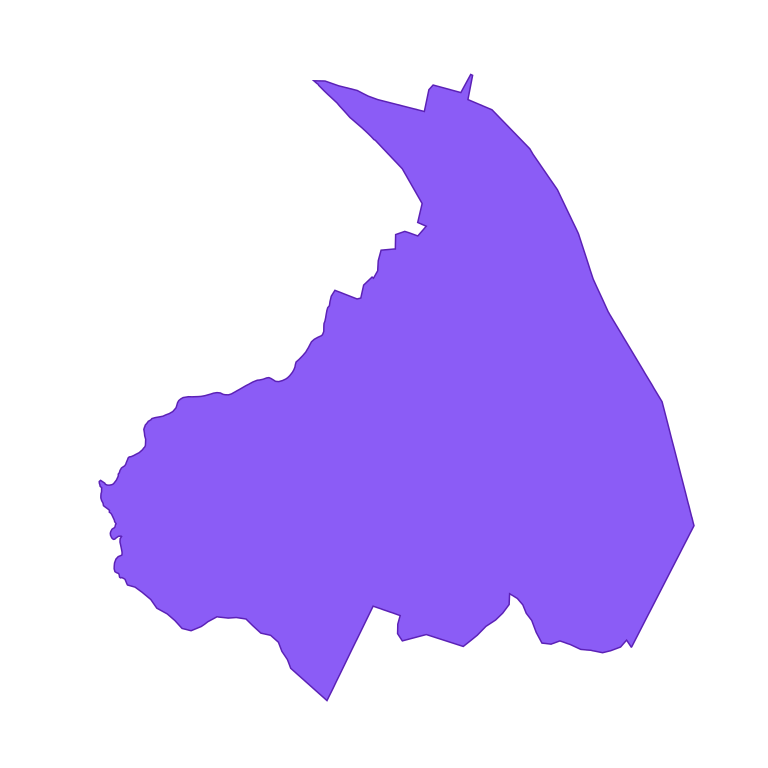 outline of Mazatlán Villa de Flores, Oaxaca, Mexico, rotated 174°
{"feature_id": "50627088B32385054686880", "entity_name": "Mazatlán Villa de Flores", "entity_type": "district", "adm_level": 2, "iso_a3": "MEX", "parent_name": "Mexico", "parent_adm1": "Oaxaca", "projection": "robinson", "projection_center": [-96.881, 18.015], "detail": "fine", "context": "isolated", "style": "filled", "palette": "violet", "viewbox_px": 768, "rotation_deg": 174, "n_neighbors": 0, "source": "geoboundaries", "source_scale": "gbopen_adm2", "svg_char_len": 5473}
<svg xmlns="http://www.w3.org/2000/svg" viewBox="0 0 768 768"><g transform="rotate(174 384 384)"><path d="M109.3,337.3L115.9,351.3L117.5,355.0L121.6,363.7L123.5,367.7L125.1,371.3L133.9,390.2L134.3,391.1L141.0,405.4L142.5,408.7L152.5,430.1L153.0,431.4L153.4,432.1L158.0,445.9L160.1,452.0L162.3,458.4L164.7,465.6L165.0,466.5L166.9,475.2L168.1,481.1L169.4,487.3L171.5,497.1L174.8,512.6L175.0,513.4L176.9,518.9L179.6,526.3L181.6,532.0L183.9,538.4L185.3,542.4L188.3,550.8L191.2,559.0L191.3,559.2L194.0,564.2L196.7,569.1L211.8,596.9L214.4,602.7L247.9,645.4L270.8,658.1L263.6,681.7L265.4,682.8L277.1,665.8L303.9,676.2L308.6,672.0L315.4,650.8L360.5,667.5L369.5,671.9L374.5,675.1L379.9,678.7L397.9,685.3L411.0,691.5L422.1,692.9L419.2,689.8L418.3,689.1L417.7,687.8L412.9,681.8L409.7,678.0L406.7,674.6L403.4,670.8L401.4,668.5L399.1,665.1L398.0,663.6L395.3,660.0L390.0,652.6L378.7,640.6L376.9,638.5L376.5,638.1L374.8,636.1L371.2,631.8L368.4,628.1L367.2,627.3L365.3,624.8L343.3,596.1L327.2,559.5L333.6,541.1L325.5,536.5L334.9,527.7L343.3,531.8L347.4,533.6L356.8,531.4L357.8,523.7L358.6,517.1L360.0,517.2L372.9,517.4L376.8,507.3L377.2,505.0L378.3,498.1L378.4,497.3L383.4,490.3L384.7,491.6L393.9,484.5L398.1,471.9L401.9,471.4L413.7,477.5L417.7,479.6L422.1,481.8L423.0,482.3L427.3,476.8L429.1,471.6L430.1,467.6L432.0,465.8L433.1,463.1L434.3,459.0L435.1,456.0L436.2,452.6L437.3,450.5L437.7,448.3L438.0,445.9L438.4,442.6L439.5,440.4L440.2,439.3L441.4,438.5L444.8,437.4L448.6,435.8L451.7,433.6L453.6,430.8L455.5,427.9L457.2,425.7L458.4,424.0L462.1,420.5L463.8,419.1L466.1,417.2L469.1,415.1L470.0,412.9L470.8,410.2L472.1,407.7L473.7,405.4L475.4,403.6L477.0,402.0L479.2,400.3L481.2,399.2L484.7,398.0L488.4,397.4L491.6,398.0L493.2,399.3L495.8,401.3L497.8,402.4L500.2,402.3L503.6,401.4L507.1,401.0L509.7,401.0L514.3,399.7L514.5,399.6L519.6,397.5L521.2,396.9L522.8,396.2L526.8,394.4L528.6,393.6L530.8,392.7L533.0,391.7L535.4,390.7L536.7,390.1L539.2,389.6L539.9,389.5L542.9,389.9L544.4,390.3L545.2,390.6L547.7,392.2L549.1,392.5L551.0,392.9L554.8,392.7L555.5,392.5L557.4,392.1L560.4,391.6L563.3,391.1L567.1,390.8L570.1,390.9L575.9,391.3L576.1,391.3L579.8,391.8L585.2,391.5L587.7,390.4L589.8,389.0L591.2,387.1L592.3,384.4L593.3,382.1L596.9,378.7L600.7,377.0L602.7,376.5L604.6,376.0L607.1,375.1L610.5,374.8L615.0,374.5L618.4,373.9L619.8,372.6L620.8,372.2L622.4,371.5L622.9,370.8L624.5,369.2L625.8,368.0L626.3,366.5L626.6,366.3L627.6,364.0L627.4,360.5L627.4,357.5L626.8,354.0L627.2,351.2L627.7,347.9L628.5,346.4L629.8,345.3L630.1,345.0L630.9,344.0L634.7,341.3L638.1,340.0L640.7,338.9L641.5,338.7L643.0,338.2L645.0,338.1L646.2,337.2L646.9,335.7L647.7,334.3L648.5,332.8L649.3,331.1L650.5,329.7L652.3,328.8L653.9,327.9L655.6,325.6L656.5,323.4L657.7,322.2L657.9,320.2L659.0,318.4L660.2,316.4L663.4,313.1L664.4,312.6L665.3,312.3L667.8,312.1L669.8,312.4L671.6,313.4L672.0,314.5L675.9,317.8L676.7,317.3L677.4,316.8L677.5,315.2L677.1,313.4L677.0,311.9L676.0,310.8L675.6,310.3L675.8,309.5L675.9,308.7L676.0,307.6L676.1,306.8L676.3,305.8L676.8,304.8L677.1,303.3L677.3,302.1L677.5,300.2L677.0,297.5L676.3,295.9L675.8,294.4L675.8,293.1L675.7,292.3L674.7,291.3L671.8,288.7L670.2,287.0L670.6,285.3L669.2,284.0L668.5,282.8L666.4,276.8L666.3,275.4L665.9,274.5L665.3,273.5L665.1,273.3L665.2,272.8L665.8,272.1L666.2,270.8L666.7,269.7L667.1,269.3L668.6,268.6L669.7,268.0L671.2,265.8L671.8,264.2L671.8,262.2L670.9,259.5L670.0,258.3L669.0,257.7L667.9,257.9L666.5,258.9L664.0,260.3L661.4,260.2L660.9,259.8L662.6,257.7L663.1,254.4L662.5,248.9L662.1,244.2L662.3,242.2L662.7,241.2L666.4,240.1L668.9,237.9L670.7,234.2L671.3,231.3L671.7,228.4L671.2,225.5L669.7,224.3L668.0,223.4L667.5,222.7L667.3,221.8L667.3,220.7L667.1,219.4L666.2,218.7L664.9,218.9L663.7,218.1L662.5,217.3L662.1,216.9L661.7,216.4L661.7,215.6L661.4,214.9L661.0,213.5L660.6,212.1L660.1,210.9L652.8,208.0L646.4,202.2L638.5,194.1L633.4,184.8L623.6,178.0L619.4,173.5L616.7,170.6L610.4,162.0L606.5,160.6L603.1,159.3L601.6,158.8L591.1,161.9L587.4,163.9L584.0,166.0L581.8,166.9L576.0,169.3L574.4,170.0L572.8,169.5L564.3,167.7L563.6,167.5L555.3,167.2L545.8,164.7L539.9,157.5L532.5,149.1L523.0,145.9L516.0,138.2L513.5,128.8L508.9,120.1L507.8,116.1L506.5,111.0L484.0,86.3L473.8,75.1L470.0,81.1L466.5,86.6L462.7,92.8L458.1,100.1L451.0,111.5L443.8,123.1L438.4,131.7L438.1,132.1L426.8,150.2L418.6,163.3L418.1,164.2L416.1,163.3L415.5,163.0L412.9,161.8L410.9,160.9L408.1,159.5L404.4,157.8L402.1,156.7L399.6,155.6L396.1,153.9L392.1,152.0L393.2,149.3L395.4,143.7L396.2,137.3L396.6,134.3L392.9,127.1L392.6,126.6L375.3,129.3L368.1,130.4L337.6,116.9L332.6,114.7L324.4,119.9L319.2,123.3L317.5,124.4L315.1,126.4L309.4,131.1L308.0,132.3L297.7,137.6L289.9,143.7L282.6,151.6L281.0,162.3L273.8,156.8L269.0,149.8L266.5,141.1L261.8,133.4L258.6,121.1L254.0,109.8L250.7,109.1L245.0,107.8L244.1,108.1L242.2,108.5L241.1,108.8L235.9,110.1L231.6,108.1L229.0,106.8L226.3,105.6L225.9,105.4L216.3,99.6L216.1,99.5L215.7,99.4L211.5,98.6L210.2,98.3L206.2,97.6L204.3,96.9L202.9,96.5L200.7,95.8L196.9,94.6L194.7,93.9L193.3,94.1L188.3,94.8L186.6,95.0L176.2,97.7L169.5,103.9L165.5,96.3L165.3,96.0L165.4,96.4L164.8,97.2L145.2,127.2L143.0,130.5L137.9,138.3L121.4,163.5L117.1,170.1L107.3,185.0L104.4,189.5L101.7,193.6L98.6,198.3L95.5,203.1L93.5,206.1L90.5,210.7L91.0,213.7L91.7,219.0L91.8,219.1L92.9,226.6L93.4,230.3L94.1,234.5L95.4,243.6L97.5,257.8L98.2,262.3L99.1,268.5L100.4,277.5L102.3,290.3L103.8,300.0L104.9,307.7L105.7,313.2L109.3,337.3Z" fill="#8b5cf6" stroke="#5b21b6" stroke-width="1.5"/></g></svg>